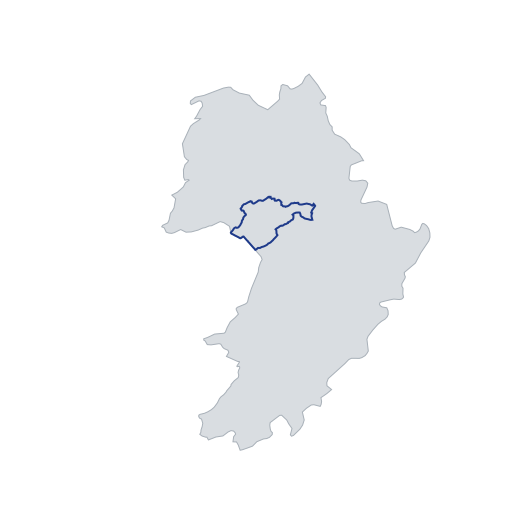 Mamou, Mamou, Guinea (highlighted), rotated 49°
{"feature_id": "49546643B72815389499799", "entity_name": "Mamou", "entity_type": "district", "adm_level": 2, "iso_a3": "GIN", "parent_name": "Guinea", "parent_adm1": "Mamou", "projection": "equal_earth", "projection_center": [-11.801, 10.57], "detail": "fine", "context": "in_parent", "style": "outline", "palette": "blue", "viewbox_px": 512, "rotation_deg": 49, "n_neighbors": 0, "source": "geoboundaries", "source_scale": "gbopen_adm2", "svg_char_len": 6759}
<svg xmlns="http://www.w3.org/2000/svg" viewBox="0 0 512 512"><g transform="rotate(49 256 256)"><path d="M302.8,341.0L299.5,340.4L298.0,341.3L293.6,348.2L290.9,350.9L286.8,350.1L285.3,350.6L284.2,349.8L285.7,346.0L287.8,338.4L293.3,330.8L293.4,329.2L291.1,324.7L288.8,318.6L288.8,312.1L288.3,307.4L283.5,306.1L282.6,305.3L282.5,303.7L285.2,295.6L285.4,294.0L285.1,292.5L282.1,288.3L277.5,280.7L269.6,264.9L266.6,261.6L263.8,256.8L262.7,253.7L259.7,252.6L232.1,252.8L231.6,256.9L222.0,259.7L216.2,256.5L209.7,258.4L206.5,260.5L204.0,269.7L202.6,271.6L201.2,275.8L199.9,278.0L198.5,282.6L195.4,289.0L192.1,293.2L186.6,295.5L184.8,302.3L183.6,304.8L181.4,306.8L179.1,308.1L174.6,306.8L172.1,308.0L171.6,306.3L173.1,300.9L171.9,298.1L167.6,292.5L167.2,289.8L165.9,286.3L160.1,279.1L154.8,279.6L156.3,273.5L156.2,265.5L154.4,261.1L154.9,256.7L153.9,256.9L152.1,260.0L149.2,259.0L143.4,254.3L140.5,249.6L140.2,245.7L139.5,244.2L137.7,245.0L134.1,244.9L123.0,237.9L115.1,220.3L115.0,216.4L116.1,209.5L115.9,207.7L112.2,212.2L111.5,209.2L108.8,202.1L108.0,198.1L105.3,196.3L103.2,195.9L101.5,197.3L99.3,205.5L97.7,205.5L96.0,203.7L96.4,197.6L100.7,189.9L107.9,170.4L110.5,166.0L112.1,164.4L115.5,164.3L122.1,161.7L130.2,155.6L136.4,156.1L143.7,155.4L153.3,151.2L153.4,138.2L153.1,135.3L149.7,132.7L147.8,130.4L146.1,127.5L144.0,125.5L144.1,123.3L148.3,120.5L152.2,120.6L153.5,119.5L154.4,117.6L155.6,112.9L156.0,108.0L153.4,101.3L153.6,96.6L167.5,97.3L175.2,98.6L181.5,99.0L182.5,100.1L181.6,104.6L182.4,107.3L184.5,108.0L188.1,104.9L189.9,105.6L193.8,109.5L197.4,110.6L201.4,112.8L205.2,114.0L208.5,113.8L211.0,116.0L215.7,116.7L221.7,113.9L226.4,112.7L233.1,112.4L236.6,113.3L246.7,111.0L254.6,112.3L253.4,113.9L249.8,124.3L250.2,126.1L258.3,134.9L260.2,135.6L262.4,134.4L265.9,130.3L268.6,125.9L271.3,123.8L274.4,123.9L276.8,127.0L282.6,140.1L284.1,141.7L285.5,141.7L288.0,139.2L289.2,136.4L294.6,127.8L302.8,123.5L322.5,133.4L325.4,134.1L327.1,133.4L329.5,127.5L336.9,122.5L340.4,121.1L342.4,121.0L343.2,119.4L343.6,117.0L343.2,114.5L340.9,110.1L340.8,108.8L342.1,107.9L344.9,107.3L348.6,107.7L352.7,109.7L356.0,112.4L358.0,115.7L361.7,129.5L365.9,140.3L365.7,154.9L367.6,156.3L369.6,156.9L370.5,158.1L372.6,164.1L374.5,165.8L376.8,166.2L381.0,170.1L383.8,171.6L384.1,172.7L384.1,174.3L383.0,176.3L378.9,180.3L376.9,183.8L372.7,192.0L372.6,193.5L373.5,194.6L375.2,194.8L377.1,194.3L380.9,191.3L384.0,192.3L386.9,194.6L388.0,197.0L388.3,200.1L387.6,204.2L387.5,208.7L388.5,216.4L390.1,224.1L391.6,226.9L401.4,233.6L402.3,236.2L402.8,239.0L402.1,242.9L401.1,245.1L395.8,251.1L395.0,254.0L395.5,259.3L395.9,281.9L398.0,285.7L400.5,287.6L406.4,286.6L406.3,292.8L405.5,299.9L408.9,302.0L410.7,304.2L411.6,306.2L406.2,309.9L404.7,312.1L404.0,317.9L404.2,323.4L411.4,327.2L414.2,331.8L415.5,336.5L416.0,345.4L415.3,347.4L413.5,347.4L409.8,342.0L404.1,341.4L400.0,340.4L393.0,341.1L391.8,342.7L391.0,354.6L392.7,356.6L396.0,358.8L398.2,359.7L400.0,359.5L401.4,360.9L401.7,364.8L400.8,367.7L399.0,370.3L396.7,377.2L397.2,383.4L393.3,393.4L392.2,395.4L387.0,393.4L383.6,392.7L381.1,395.3L377.7,391.4L377.1,388.3L375.8,387.7L373.5,387.7L371.4,389.4L370.5,392.5L370.1,399.0L366.3,405.0L363.6,412.6L360.5,411.9L359.8,412.8L356.5,414.8L353.7,415.4L352.9,413.3L351.3,411.7L349.4,408.5L347.3,405.9L343.3,404.1L341.7,404.9L339.8,404.7L338.6,403.6L338.8,402.1L340.9,398.1L342.0,394.5L342.7,390.5L342.7,386.8L341.5,381.4L339.7,377.2L339.3,374.8L339.5,371.3L339.1,368.1L338.5,366.4L337.6,360.2L336.6,359.1L335.9,354.2L336.1,349.1L334.6,347.2L332.1,345.9L330.7,343.9L329.8,341.7L328.9,341.1L328.1,341.2L327.5,342.5L326.6,342.8L325.2,338.1L324.6,337.9L323.6,339.0L312.4,344.2L310.9,339.8L308.7,339.0L305.0,340.8L302.8,341.0Z" fill="#d9dde1" stroke="#a8b0b8" stroke-width="1"/><path d="M264.8,190.9L265.6,189.7L265.1,189.5L264.0,188.9L262.5,188.2L261.5,187.2L260.5,185.5L259.5,185.9L258.3,183.7L257.6,180.8L257.0,178.5L256.3,178.4L256.5,179.1L255.7,178.9L255.1,178.5L254.5,178.4L254.7,179.6L254.8,180.2L254.8,180.5L254.6,180.5L254.0,180.8L252.2,181.4L251.4,182.1L249.7,183.3L248.2,185.9L247.2,187.7L246.5,188.5L245.8,189.2L245.0,189.6L244.5,189.7L243.7,189.2L243.4,189.3L243.0,189.9L242.9,190.1L242.6,190.6L242.4,191.0L242.1,191.2L241.7,191.7L241.0,192.1L240.9,192.9L239.4,194.8L239.5,196.9L239.4,198.5L239.1,199.6L238.7,200.2L238.5,200.6L238.3,201.4L237.5,201.6L236.8,202.5L236.1,203.0L235.4,203.0L234.7,202.9L234.1,203.4L232.9,202.5L232.2,201.5L231.1,201.7L230.7,201.5L229.8,201.6L229.4,201.7L228.5,202.0L228.2,202.6L228.0,203.0L227.9,203.7L227.9,203.8L227.8,204.2L227.6,204.3L226.7,205.4L225.9,205.3L225.3,204.6L224.9,204.4L224.4,204.9L223.7,205.6L223.3,206.7L222.2,206.6L220.9,207.2L220.8,207.3L220.6,206.5L220.1,207.0L219.8,207.3L219.5,208.1L219.5,210.6L219.3,211.9L218.9,214.5L218.1,215.4L217.0,216.0L215.9,217.4L215.7,218.5L215.7,219.3L215.5,220.8L215.1,223.0L214.6,223.7L213.5,224.0L212.7,223.8L212.1,223.5L211.2,224.1L210.9,224.3L211.1,225.0L210.5,226.0L209.7,230.0L209.1,231.0L209.0,231.4L209.2,233.6L209.5,233.8L209.9,234.8L210.1,235.8L210.1,236.4L210.2,236.6L210.8,236.7L211.5,236.7L212.0,237.0L212.5,236.9L213.4,235.8L213.8,235.7L215.9,236.4L216.5,236.4L217.0,236.2L217.7,236.3L218.0,236.5L218.3,236.6L218.4,237.3L218.3,237.8L218.4,238.6L218.4,239.2L218.8,240.5L219.1,240.9L219.4,241.2L219.8,241.8L219.8,242.3L220.2,243.6L221.1,244.5L221.4,245.1L221.9,246.6L222.2,247.2L222.4,247.9L222.8,250.2L222.7,251.0L222.2,252.0L221.1,252.5L220.7,253.9L220.9,255.2L221.3,256.3L221.8,259.6L222.0,259.7L222.1,259.8L222.7,259.9L223.0,259.9L224.0,259.5L224.6,259.2L224.8,259.1L225.5,258.9L225.9,258.7L226.2,258.6L226.9,258.4L227.0,258.3L230.9,256.7L231.5,256.6L231.8,256.4L232.0,256.3L232.1,256.2L232.3,256.2L232.6,255.6L232.9,253.2L233.0,253.0L233.1,252.8L233.2,252.6L235.7,252.6L237.0,252.6L238.3,252.6L239.7,252.4L240.1,252.6L241.2,252.5L243.3,252.5L245.0,252.5L245.6,252.5L246.2,252.5L246.6,252.5L247.1,252.5L249.9,252.4L250.0,252.4L250.9,252.5L251.0,252.3L251.0,251.9L251.2,251.6L251.3,251.3L251.2,250.9L251.2,249.2L252.6,247.6L252.9,245.9L253.8,244.1L254.2,242.8L254.5,241.8L254.8,240.1L254.6,238.4L255.1,237.3L255.3,235.8L255.2,234.6L255.2,232.9L255.0,232.0L254.9,231.1L254.9,230.6L254.8,229.5L254.7,228.4L254.5,227.1L254.3,226.1L253.5,226.0L252.4,225.7L251.4,224.9L250.4,224.1L249.6,223.7L248.7,223.7L248.7,222.3L249.0,220.9L249.2,219.8L249.1,219.1L249.1,218.9L249.6,217.0L250.2,216.7L250.8,215.2L250.8,213.6L251.5,212.6L251.7,211.4L252.1,210.2L251.6,209.7L252.2,207.8L252.1,206.1L252.6,204.2L251.8,202.8L250.0,201.2L248.8,201.3L248.8,199.6L249.5,197.4L251.2,195.2L251.9,194.5L253.5,195.0L254.7,195.8L255.1,195.9L256.4,195.7L257.9,195.0L259.5,194.7L261.2,193.5L261.6,193.2L262.2,192.7L262.8,192.3L263.8,191.7L264.8,190.9Z" fill="none" stroke="#1e3a8a" stroke-width="2"/></g></svg>